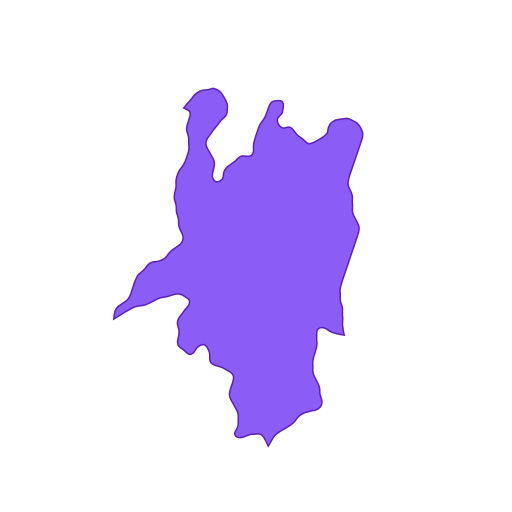 Polo, Barahona, Dominican Republic (Natural Earth projection), rotated 240°
{"feature_id": "3306468B683162392169", "entity_name": "Polo", "entity_type": "district", "adm_level": 2, "iso_a3": "DOM", "parent_name": "Dominican Republic", "parent_adm1": "Barahona", "projection": "natural_earth1", "projection_center": [-71.293, 18.122], "detail": "fine", "context": "isolated", "style": "filled", "palette": "violet", "viewbox_px": 512, "rotation_deg": 240, "n_neighbors": 0, "source": "geoboundaries", "source_scale": "gbopen_adm2", "svg_char_len": 5375}
<svg xmlns="http://www.w3.org/2000/svg" viewBox="0 0 512 512"><g transform="rotate(240 256 256)"><path d="M272.5,101.3L272.9,113.1L272.9,119.6L272.7,123.5L272.4,126.0L271.8,128.3L269.8,133.2L269.1,135.3L268.9,136.6L268.5,140.3L268.1,149.3L267.4,153.0L265.2,158.9L263.5,166.7L263.1,167.7L262.1,169.6L260.8,171.2L259.3,172.6L257.5,173.6L252.7,175.9L250.9,176.1L250.1,175.8L248.5,174.8L247.3,173.4L246.4,171.5L245.0,167.6L243.2,163.8L241.2,158.7L240.1,157.0L238.6,155.5L237.0,154.3L236.1,153.8L231.2,152.5L229.2,151.7L226.5,149.9L221.5,145.5L219.6,144.5L217.6,144.0L216.6,144.1L214.7,144.5L210.5,146.5L206.1,147.8L204.5,148.7L203.9,149.4L203.5,150.3L203.3,151.3L203.4,153.2L204.1,154.9L205.8,158.2L206.3,160.3L206.5,162.4L206.3,164.5L206.0,165.5L205.4,166.4L204.6,167.1L203.7,167.5L201.9,168.0L199.9,168.0L197.9,167.8L195.8,167.4L193.9,166.7L190.6,164.8L188.9,164.0L186.9,163.7L184.9,164.0L183.9,164.5L182.1,165.7L177.2,170.2L175.5,171.6L171.8,173.6L168.6,175.6L166.8,176.3L165.8,176.5L163.8,176.5L162.8,176.2L160.9,175.1L158.3,172.7L153.5,167.3L151.8,165.6L150.0,164.1L147.9,163.1L145.7,162.6L143.5,162.4L134.3,162.3L130.9,162.1L128.7,161.7L126.7,160.9L119.8,156.8L118.1,155.6L116.2,153.5L113.9,149.7L113.2,149.0L112.5,148.6L111.6,148.4L110.7,148.3L109.7,148.5L108.9,149.0L107.5,150.2L106.4,151.8L105.6,153.8L104.6,160.5L104.0,162.6L100.9,169.0L99.7,170.5L98.0,171.5L95.1,172.1L90.9,172.0L85.2,171.5L90.2,180.2L91.1,182.2L91.6,184.6L92.0,188.4L92.2,199.9L92.6,203.6L93.1,206.0L95.5,211.8L96.1,215.2L96.1,217.6L95.9,219.9L95.4,222.0L93.8,227.6L93.1,229.2L92.7,231.2L92.5,233.4L92.7,234.5L92.9,235.6L93.9,237.5L94.5,238.3L96.0,239.7L96.8,240.3L98.8,241.0L102.8,241.9L104.7,242.4L109.1,244.7L111.0,245.4L114.1,245.9L123.8,246.4L125.9,246.9L127.8,247.6L132.1,250.1L135.8,252.1L137.5,253.4L140.0,255.7L145.5,261.6L147.2,263.2L148.9,264.5L149.8,265.1L153.6,266.9L155.3,267.9L159.9,270.7L160.6,271.3L161.2,272.0L161.6,273.0L161.8,274.0L161.8,275.0L161.6,276.1L161.2,277.0L160.1,278.6L159.4,279.2L157.9,280.4L154.3,282.1L151.5,284.0L148.1,287.3L143.3,292.9L147.0,294.0L153.4,296.6L158.5,299.9L162.2,301.6L165.6,303.7L167.4,304.7L169.1,305.3L173.6,306.2L175.4,306.8L177.2,307.7L180.6,309.8L184.3,311.6L186.0,312.9L188.5,315.2L191.6,318.6L223.2,354.5L225.5,356.9L228.1,359.0L230.0,359.8L232.0,360.3L235.0,360.5L242.1,360.8L245.0,361.3L246.9,362.0L251.1,364.7L254.8,366.5L258.2,368.6L260.0,369.5L262.8,370.2L268.6,370.7L270.5,371.0L272.4,371.7L274.2,372.8L276.7,375.0L279.0,377.4L303.4,405.3L305.7,407.7L307.5,409.0L308.4,409.5L309.3,409.9L311.3,410.4L313.2,410.6L316.2,410.7L318.2,410.5L320.1,410.1L321.1,409.7L322.8,408.8L327.9,405.4L329.0,404.4L329.5,403.7L330.3,402.3L332.1,398.1L333.9,393.1L334.0,390.8L333.8,388.6L333.3,386.5L332.9,385.5L331.2,383.1L329.9,381.9L327.8,380.2L327.2,379.5L326.7,378.6L326.0,376.5L325.6,374.2L325.4,371.7L325.4,364.2L325.8,360.7L326.5,358.6L327.1,357.7L327.8,357.0L328.6,356.6L334.1,354.9L339.4,352.5L341.4,352.0L347.4,351.2L349.2,350.6L350.7,349.6L351.2,348.9L351.9,347.3L352.6,344.7L353.5,343.1L354.2,342.5L355.1,342.1L356.9,341.5L358.8,341.4L360.7,341.5L362.5,342.1L363.4,342.6L364.1,343.2L364.6,344.0L365.0,344.9L366.3,349.3L367.4,350.9L371.7,354.4L373.2,355.3L374.1,355.7L376.0,355.9L376.9,355.7L377.8,355.2L378.5,354.5L379.5,352.9L380.6,350.5L381.2,348.8L381.4,347.8L381.4,346.8L381.2,345.7L380.3,343.7L378.9,341.8L374.2,336.4L372.0,333.5L370.8,331.4L368.4,326.3L367.2,324.3L365.0,321.5L360.2,316.0L356.1,311.7L352.6,308.8L348.2,306.4L346.9,305.2L345.9,303.6L345.6,302.8L345.4,301.8L345.6,300.8L345.8,299.9L346.8,298.2L348.5,295.8L349.5,294.1L350.0,292.2L350.0,291.3L349.7,289.5L348.6,285.6L347.6,276.3L347.0,274.1L346.6,273.0L345.6,271.2L344.3,269.7L342.9,268.5L340.8,267.1L340.2,266.4L339.3,264.7L339.0,262.7L339.0,261.7L339.1,260.7L339.5,259.7L340.1,258.8L340.9,258.1L341.8,257.7L342.7,257.5L344.6,257.5L346.6,258.0L347.5,258.4L349.3,259.7L355.1,265.1L357.0,266.3L359.1,267.1L361.3,267.5L363.6,267.6L371.6,267.6L375.0,267.8L377.1,268.3L378.2,268.7L379.9,269.9L381.3,271.4L382.4,273.1L384.5,278.1L386.8,282.9L388.3,287.2L390.8,293.0L392.0,298.2L392.7,300.2L393.2,301.0L394.5,302.4L400.0,306.2L402.0,307.0L405.4,307.6L410.1,307.7L414.7,307.4L416.9,306.8L418.8,305.9L420.5,304.7L422.7,302.6L423.8,298.2L426.3,292.4L426.7,290.2L426.8,286.7L426.3,283.2L423.8,277.4L422.1,271.9L420.3,267.4L417.2,269.5L415.7,270.4L414.9,270.7L414.0,270.8L413.1,270.6L412.2,270.3L411.4,269.7L409.8,268.4L403.7,261.8L401.2,259.7L400.3,259.2L398.3,258.4L394.2,257.5L392.3,256.9L390.5,256.0L387.1,254.0L384.3,252.7L382.4,251.6L380.7,250.2L378.3,247.8L375.2,244.3L373.0,241.5L371.8,239.6L370.7,237.7L369.4,234.5L368.5,232.5L367.2,230.5L365.0,227.8L363.3,226.1L361.6,224.7L359.8,223.5L357.0,222.1L355.2,220.8L350.1,216.2L348.3,214.9L347.3,214.3L345.4,213.6L341.3,212.6L339.4,212.0L335.0,209.7L333.2,208.9L328.1,207.7L326.1,207.0L321.8,204.7L319.9,204.0L317.8,203.6L311.5,203.1L309.5,202.6L307.7,201.7L306.2,200.3L304.9,198.6L304.1,196.5L303.7,194.2L303.2,187.2L302.8,184.9L302.2,182.8L300.2,178.0L299.7,175.7L299.6,172.2L299.9,169.9L300.6,167.9L302.2,164.2L302.7,162.2L302.8,161.1L302.6,158.9L302.0,156.9L300.8,154.1L300.1,152.1L298.7,145.3L297.9,143.1L295.9,140.2L293.7,137.4L285.7,128.5L284.3,126.6L283.1,124.5L282.6,123.4L282.0,121.2L281.3,111.8L280.7,109.6L279.7,107.7L278.4,106.0L276.9,104.6L272.5,101.3Z" fill="#8b5cf6" stroke="#5b21b6" stroke-width="1.5"/></g></svg>